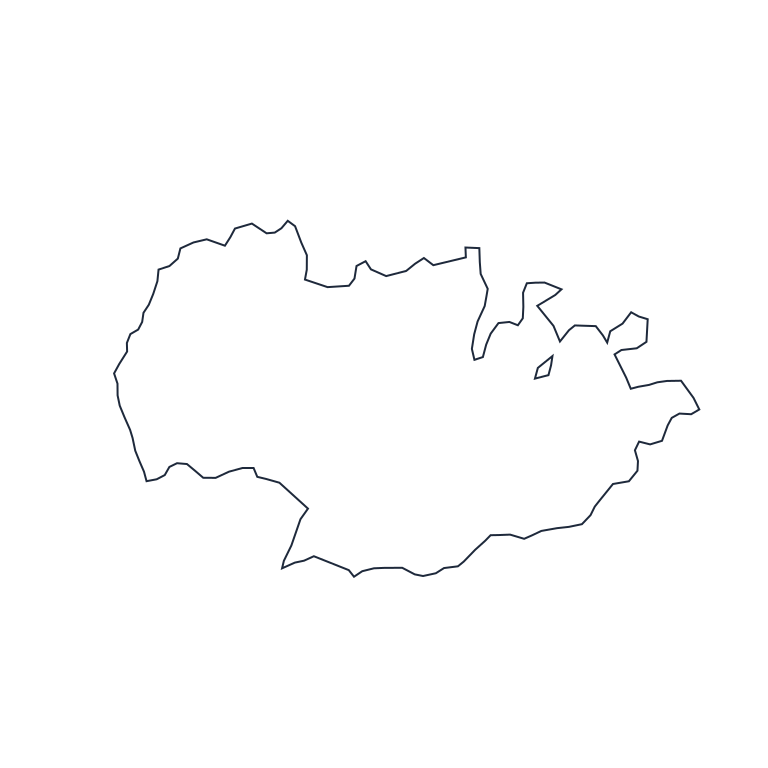 Guapirama, Paraná, Brazil (Robinson projection), rotated 141°
{"feature_id": "56859067B61093640054978", "entity_name": "Guapirama", "entity_type": "district", "adm_level": 2, "iso_a3": "BRA", "parent_name": "Brazil", "parent_adm1": "Paraná", "projection": "robinson", "projection_center": [-50.09, -23.472], "detail": "fine", "context": "isolated", "style": "outline", "palette": "slate", "viewbox_px": 768, "rotation_deg": 141, "n_neighbors": 0, "source": "geoboundaries", "source_scale": "gbopen_adm2", "svg_char_len": 2219}
<svg xmlns="http://www.w3.org/2000/svg" viewBox="0 0 768 768"><g transform="rotate(141 384 384)"><path d="M380.4,575.0L385.7,591.8L402.0,598.6L411.0,594.8L420.6,591.6L430.7,608.0L443.0,613.9L456.9,617.5L465.3,611.2L476.5,610.7L487.2,614.8L495.4,606.5L506.7,599.2L516.9,593.6L526.1,590.7L532.9,584.4L540.8,581.0L549.7,582.4L558.0,577.7L563.2,570.9L577.1,566.2L587.1,562.1L590.9,552.0L598.2,542.8L603.0,533.5L606.6,521.4L610.2,508.1L613.4,500.2L619.3,488.7L622.6,478.0L625.7,466.9L629.7,457.9L620.6,453.0L611.7,451.2L603.0,454.6L594.7,452.7L587.5,445.8L585.4,435.2L583.5,424.9L573.9,417.0L559.6,413.4L546.9,407.8L538.2,400.8L540.9,391.6L535.3,384.3L527.4,373.1L521.5,335.0L534.0,331.5L557.6,316.8L573.1,309.6L579.2,304.9L565.7,301.3L557.3,297.0L546.9,294.3L528.5,261.5L528.6,253.1L518.7,252.2L507.8,247.1L499.6,241.0L485.5,229.7L479.9,216.7L474.5,210.2L462.8,204.3L453.2,203.2L441.3,195.8L433.8,195.8L417.4,197.8L403.9,198.5L396.3,199.4L389.9,194.4L380.8,187.6L372.5,175.5L364.5,173.3L354.2,170.8L340.3,163.1L330.2,156.6L318.4,150.5L306.0,152.1L297.3,156.1L289.2,157.9L269.0,162.2L254.9,154.3L241.6,157.1L235.1,164.3L230.7,174.6L222.0,178.7L215.2,169.6L203.7,164.9L189.6,173.3L181.7,176.6L173.0,175.1L164.3,167.2L155.0,165.8L152.2,178.4L151.1,199.6L162.2,208.3L170.5,213.3L178.6,216.5L188.1,221.8L195.2,225.0L191.8,236.5L186.2,261.9L178.1,261.0L165.1,252.7L153.5,251.6L138.3,268.4L143.5,276.1L146.8,284.2L160.6,280.8L175.0,282.6L184.5,275.7L183.3,284.0L183.0,295.7L192.6,304.0L198.8,309.4L206.4,309.4L220.5,306.3L215.7,322.5L215.7,348.3L194.9,345.4L186.5,345.9L195.4,361.8L202.5,367.4L209.6,372.4L218.5,367.4L227.2,356.2L234.8,347.7L243.0,345.4L247.5,353.3L256.7,359.3L269.4,356.0L279.8,350.3L290.2,342.7L298.5,345.9L293.6,356.0L282.6,365.9L271.9,373.7L256.7,381.2L249.4,387.5L243.5,392.7L239.6,408.7L232.8,418.5L224.4,429.6L234.8,438.8L240.7,430.9L270.9,445.3L273.7,456.8L284.1,457.9L295.6,457.9L314.4,466.5L322.0,481.3L321.0,491.0L331.1,493.0L340.6,484.5L349.4,482.4L366.9,494.8L379.7,514.9L372.1,521.4L362.9,532.6L359.3,545.9L353.8,562.6L356.1,571.4L365.7,569.6L373.6,570.4L380.4,575.0ZM235.5,299.7L242.4,293.4L250.6,287.4L263.3,293.2L254.3,299.7L235.5,299.7Z" fill="none" stroke="#1e293b" stroke-width="2"/></g></svg>